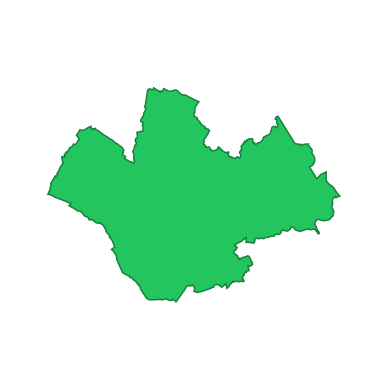 Mueang Nakhon Pathom, Nakhon Pathom, Thailand, rotated 127°
{"feature_id": "78962969B95320028173020", "entity_name": "Mueang Nakhon Pathom", "entity_type": "district", "adm_level": 2, "iso_a3": "THA", "parent_name": "Thailand", "parent_adm1": "Nakhon Pathom", "projection": "orthographic", "projection_center": [100.009, 13.819], "detail": "fine", "context": "isolated", "style": "filled", "palette": "green", "viewbox_px": 384, "rotation_deg": 127, "n_neighbors": 0, "source": "geoboundaries", "source_scale": "gbopen_adm2", "svg_char_len": 6065}
<svg xmlns="http://www.w3.org/2000/svg" viewBox="0 0 384 384"><g transform="rotate(127 192 192)"><path d="M115.8,240.8L116.8,245.2L118.5,255.3L120.6,259.4L120.0,263.8L120.0,266.0L120.8,267.0L123.8,269.1L125.2,270.6L125.5,271.3L126.4,276.8L129.5,276.1L130.0,277.6L131.4,277.5L131.6,279.0L131.2,279.0L131.2,279.4L131.7,281.7L131.9,285.3L134.0,284.6L135.2,288.2L136.3,287.9L136.7,288.6L137.4,288.7L150.4,281.7L152.7,280.9L152.6,279.4L155.5,278.3L157.7,278.1L158.1,277.7L160.7,276.6L162.3,276.7L163.6,276.2L164.7,276.4L165.7,276.0L166.5,275.5L166.0,272.9L169.1,271.5L168.9,270.4L173.0,267.9L174.2,269.3L174.6,269.1L177.2,271.8L178.5,271.1L179.8,269.6L181.3,268.5L182.1,268.4L183.1,269.1L184.3,268.7L186.1,267.1L186.5,265.7L187.0,265.3L188.8,265.6L189.9,265.4L191.0,265.1L191.9,264.3L195.3,263.6L197.8,260.1L200.0,259.2L200.9,257.8L202.5,256.6L204.1,256.2L205.4,261.5L205.8,266.2L203.6,266.4L204.1,270.3L201.7,270.6L201.6,271.2L199.8,271.4L198.4,275.0L198.6,278.1L198.4,280.7L198.8,282.7L198.5,286.9L198.9,289.1L199.1,289.2L199.0,292.9L199.7,298.2L199.4,298.4L199.7,302.0L199.3,302.7L200.0,306.1L199.4,307.6L201.4,308.3L201.0,309.1L202.1,310.0L200.4,312.3L202.6,313.5L208.3,315.8L209.8,319.0L211.0,318.7L216.2,318.4L217.3,314.6L218.2,314.0L223.5,313.4L224.7,314.6L225.2,314.7L225.2,315.5L227.1,315.0L230.6,316.3L235.4,315.4L235.5,316.4L238.8,316.4L239.4,316.2L239.8,314.6L240.0,314.6L241.0,315.4L242.1,317.2L244.0,315.6L246.4,312.3L247.0,312.8L247.4,312.2L251.9,312.1L252.4,311.6L253.7,311.7L257.2,310.8L258.6,310.9L258.6,310.0L258.9,310.0L261.0,309.8L261.3,310.8L262.3,310.8L270.5,309.8L270.7,309.1L276.9,306.4L278.3,306.4L278.5,306.1L280.5,305.8L279.3,303.1L278.7,298.7L275.2,286.6L275.1,285.3L274.3,282.8L273.9,282.3L274.7,281.5L276.9,282.1L275.9,273.8L276.1,272.3L274.7,270.0L274.6,267.3L275.8,264.1L275.5,261.8L275.0,261.7L274.7,260.2L276.1,257.4L275.9,257.0L275.1,256.8L275.1,255.8L274.2,255.3L274.2,250.1L273.4,248.0L271.7,246.5L272.3,245.2L272.0,244.2L272.0,242.9L271.8,242.7L273.1,240.7L273.9,238.3L273.9,237.8L275.3,236.9L275.9,234.8L276.5,230.9L277.7,231.0L278.7,226.8L281.0,222.8L282.7,220.6L286.0,221.7L286.4,221.6L286.5,219.5L287.9,215.2L288.9,213.5L291.1,211.5L296.5,202.1L297.1,200.6L298.1,199.5L298.0,197.0L297.0,191.1L297.7,190.1L297.0,189.4L296.8,188.7L297.5,185.5L296.8,184.8L297.3,184.2L297.3,183.2L299.3,175.6L300.7,174.6L301.0,172.8L302.3,170.4L302.7,168.2L303.7,166.0L304.2,164.0L304.0,161.7L303.0,160.1L297.8,153.8L295.6,150.4L292.9,148.5L292.3,145.2L291.1,143.2L290.4,142.8L289.3,143.0L289.1,141.2L289.3,138.6L273.0,139.1L271.0,139.5L268.4,138.4L268.3,137.3L267.8,136.5L266.0,135.8L266.7,132.4L268.0,131.5L270.1,130.8L269.7,130.2L269.7,128.7L268.7,127.1L265.6,124.4L257.5,118.9L256.4,118.8L255.1,117.5L252.7,117.9L251.5,117.3L250.4,115.4L249.9,113.8L250.3,113.1L250.0,110.8L245.0,109.7L246.5,108.0L246.5,107.1L247.2,106.9L247.9,106.2L245.4,105.7L243.2,105.8L239.5,105.6L238.7,105.9L238.9,104.5L237.2,103.4L236.1,102.3L235.8,100.8L234.7,100.1L233.3,98.3L232.8,97.1L231.8,96.8L231.1,98.0L230.8,99.3L230.3,99.5L230.3,100.2L228.2,100.8L226.9,100.2L226.2,100.9L224.0,101.3L223.5,100.2L221.9,100.8L220.5,99.1L219.0,100.6L217.8,102.8L216.6,102.1L216.6,101.2L215.1,100.4L213.4,100.0L212.5,101.0L211.6,102.2L211.4,104.0L210.3,104.8L209.0,108.0L209.7,109.3L211.2,110.0L214.8,112.8L216.0,112.9L217.5,113.5L217.0,114.8L216.5,114.8L216.6,116.3L215.5,117.3L215.8,118.8L215.4,120.7L215.5,122.2L214.1,122.9L211.4,122.1L210.6,122.5L209.3,122.4L208.8,123.6L209.1,123.9L208.8,125.9L205.3,124.8L202.4,123.1L199.4,122.3L198.3,122.4L198.0,121.9L196.0,121.3L199.7,118.5L196.8,114.4L196.0,112.2L194.9,111.8L193.3,112.3L192.2,113.3L190.3,113.4L189.5,111.0L187.6,109.4L186.3,106.9L185.6,106.3L184.0,106.1L182.8,104.3L180.0,102.4L177.9,100.0L175.2,99.6L174.6,99.0L173.6,97.1L171.6,96.2L168.1,97.3L167.5,96.5L167.4,95.1L166.3,93.5L166.1,92.6L165.2,91.9L164.1,91.8L162.9,91.2L160.3,91.6L159.7,90.8L159.1,88.8L159.9,87.7L159.9,85.6L159.1,84.1L158.6,82.3L156.1,80.2L153.0,78.3L151.8,77.2L150.8,74.6L147.8,71.9L149.0,66.8L149.5,66.1L148.5,65.4L147.4,66.8L147.2,68.7L144.8,72.1L144.1,73.9L143.0,75.1L141.9,75.5L139.3,75.6L137.7,74.4L136.5,70.9L134.6,68.3L131.7,65.9L130.5,65.5L128.4,65.6L126.7,65.0L124.8,65.6L121.9,67.4L120.3,70.9L119.6,71.5L117.4,72.1L114.1,74.9L112.6,75.5L111.5,75.6L110.9,75.1L109.4,74.9L109.8,73.4L108.2,72.8L106.4,71.5L105.2,76.4L103.3,81.7L102.9,84.7L103.4,85.3L103.4,86.7L102.3,91.2L101.4,92.4L95.2,96.9L100.8,99.7L105.0,100.0L106.3,100.4L101.4,113.0L97.7,111.8L94.6,112.2L93.5,112.7L91.8,113.9L90.5,115.3L88.4,120.1L86.5,121.0L85.7,122.5L85.4,124.7L84.4,127.5L83.6,127.9L86.2,131.0L88.6,132.2L88.2,133.8L90.1,134.7L89.7,136.3L91.2,137.9L91.3,139.1L79.8,168.8L81.0,169.9L83.7,169.4L83.7,168.9L83.2,167.9L85.4,166.0L86.2,165.7L86.6,163.8L87.9,163.1L89.8,163.3L89.9,163.8L89.5,164.8L89.7,165.4L91.1,166.7L92.1,167.1L94.1,166.2L98.9,164.7L104.7,167.7L105.7,167.7L107.6,166.9L111.2,167.4L111.9,167.7L113.2,169.0L115.1,169.4L115.8,170.6L115.7,171.0L115.0,171.8L115.9,173.3L113.3,175.2L113.2,175.8L113.6,176.7L114.7,177.5L115.1,178.2L116.0,178.5L116.7,179.2L117.4,179.6L119.0,179.0L119.4,180.4L119.7,180.6L121.1,179.7L121.8,180.6L123.3,179.7L124.5,180.2L126.0,180.2L127.4,178.3L128.4,178.4L129.0,177.4L130.0,178.1L131.5,178.0L132.4,177.0L132.5,176.1L133.0,175.5L135.0,174.3L135.9,174.2L136.5,174.9L136.3,176.6L137.6,177.4L139.2,177.9L139.7,178.4L140.5,182.6L141.4,183.5L140.5,185.5L139.7,186.1L138.3,186.3L138.0,186.6L138.2,187.1L140.0,188.4L140.6,189.7L140.5,191.2L141.0,192.6L140.2,193.8L140.4,195.7L139.8,197.1L139.9,197.7L140.7,198.1L142.5,197.5L143.4,197.7L146.9,200.1L146.7,201.3L147.6,202.1L146.7,203.0L145.7,205.0L145.9,205.7L147.6,207.0L147.1,208.2L147.7,209.4L146.7,210.0L146.8,211.3L146.6,212.1L145.5,212.1L144.4,212.6L143.8,213.7L135.7,214.3L132.2,215.2L132.5,216.3L132.1,216.6L133.3,220.0L132.2,220.3L132.4,221.9L132.3,226.6L131.6,226.8L130.6,231.9L129.6,232.3L129.9,233.8L129.9,236.3L129.4,237.0L128.4,237.6L127.3,237.4L126.1,238.3L125.1,238.6L122.7,240.5L116.7,240.9L115.8,240.8Z" fill="#22c55e" stroke="#15803d" stroke-width="1.5"/></g></svg>